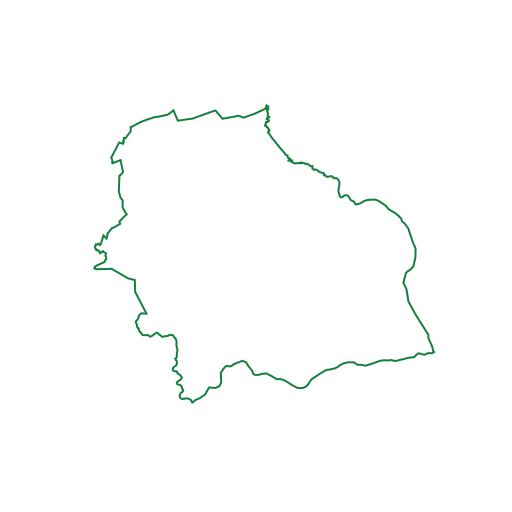 Kalinga, Kalinga, Philippines (Robinson projection), rotated 238°
{"feature_id": "2640588B22535822566030", "entity_name": "Kalinga", "entity_type": "district", "adm_level": 2, "iso_a3": "PHL", "parent_name": "Philippines", "parent_adm1": "Kalinga", "projection": "robinson", "projection_center": [121.313, 17.431], "detail": "fine", "context": "isolated", "style": "outline", "palette": "green", "viewbox_px": 512, "rotation_deg": 238, "n_neighbors": 0, "source": "geoboundaries", "source_scale": "gbopen_adm2", "svg_char_len": 6120}
<svg xmlns="http://www.w3.org/2000/svg" viewBox="0 0 512 512"><g transform="rotate(238 256 256)"><path d="M80.2,356.1L81.3,356.0L82.5,356.2L85.6,357.4L95.1,358.7L97.8,360.4L122.6,360.3L136.8,361.2L148.0,366.0L155.2,366.8L162.2,374.2L162.5,375.8L162.8,380.3L163.7,383.5L164.5,384.7L170.3,390.4L177.8,395.3L185.4,396.5L198.7,399.7L203.9,399.4L208.4,398.2L210.9,399.0L217.8,397.2L225.0,393.4L230.4,392.5L238.2,388.9L241.0,386.6L244.3,380.6L245.3,377.1L245.5,371.3L246.9,367.9L250.4,367.8L253.3,366.0L256.6,366.1L259.1,365.7L260.5,363.2L260.2,360.3L260.7,359.1L262.3,358.7L267.4,360.3L269.7,362.1L271.5,364.0L274.6,365.9L277.1,366.2L278.8,365.8L279.5,365.3L280.6,363.2L281.3,363.0L282.7,363.1L284.1,361.7L284.8,359.6L285.5,358.2L286.1,357.8L287.7,357.6L288.4,356.4L289.4,356.8L290.0,357.3L290.6,357.2L291.7,355.8L292.7,355.3L293.4,354.5L294.4,354.0L295.3,353.9L296.9,353.1L297.8,352.4L298.2,351.6L298.3,350.8L299.6,350.7L300.2,350.2L302.2,351.4L302.3,350.7L302.8,350.6L304.5,349.3L306.0,349.0L307.8,347.3L307.9,346.7L308.2,346.7L309.3,346.0L310.0,344.9L310.4,344.8L310.7,343.8L311.4,343.8L311.6,343.3L311.3,342.6L311.8,341.7L312.3,341.4L312.7,340.6L312.9,339.9L313.8,338.2L315.4,337.0L317.0,336.0L317.3,336.3L317.4,337.0L318.0,337.2L318.2,336.8L318.2,336.2L317.9,335.8L318.0,335.6L319.2,335.4L319.4,335.1L319.3,334.6L319.7,334.0L319.9,334.2L319.7,336.0L320.0,336.4L320.3,336.5L321.0,336.2L321.5,335.7L322.4,335.2L322.9,335.2L324.0,335.9L324.7,335.9L325.5,335.1L326.4,334.7L328.4,334.8L332.3,334.0L347.2,332.2L354.8,331.8L355.1,332.2L354.8,333.0L355.2,333.8L355.4,334.0L355.7,334.1L356.2,333.8L358.4,334.0L359.4,333.5L360.4,333.8L361.4,332.7L362.3,333.1L363.1,334.7L363.7,334.9L364.3,335.5L363.6,336.8L363.7,338.4L364.1,338.9L365.6,337.9L366.5,337.6L366.9,337.8L367.0,338.3L367.0,339.0L366.5,340.5L366.8,341.0L367.1,340.9L367.5,340.5L368.6,340.2L369.1,340.4L369.6,340.9L370.7,341.7L371.2,341.9L372.3,342.0L372.9,342.3L373.3,342.9L373.6,343.6L373.8,343.6L374.3,342.9L374.6,342.9L374.8,343.1L374.7,343.5L374.4,344.3L374.4,344.6L375.7,345.1L376.1,345.6L376.3,345.5L376.9,345.1L378.0,344.8L375.9,341.9L377.4,330.0L380.0,318.6L381.8,317.4L384.6,315.0L385.3,312.4L390.1,300.4L400.8,298.7L401.4,296.9L406.2,274.9L412.2,261.4L423.2,263.2L422.6,256.0L426.0,246.7L427.4,243.8L429.5,235.5L430.7,229.2L431.2,223.4L431.3,219.8L431.8,218.1L428.2,215.9L425.1,207.8L425.2,207.5L426.1,206.5L424.8,205.8L424.5,205.1L424.0,204.8L423.9,204.2L423.4,204.1L422.7,204.3L422.6,203.7L422.3,203.6L422.1,203.0L421.7,202.6L424.8,200.1L416.0,185.2L414.4,185.2L412.6,184.7L411.9,183.7L410.7,183.5L409.1,191.9L398.1,187.9L397.3,187.0L396.6,184.7L396.5,182.8L383.8,174.1L377.6,172.0L373.8,172.4L368.2,168.8L363.9,168.3L359.8,168.4L359.2,164.8L357.6,158.3L355.3,157.9L355.5,150.0L356.1,149.2L353.8,142.3L350.0,138.5L354.3,137.5L348.2,130.6L348.2,130.2L348.4,130.2L348.3,129.9L348.8,130.1L349.0,130.0L349.0,129.7L348.7,129.3L349.5,129.1L349.9,128.8L349.8,128.3L350.1,127.7L349.9,127.1L350.0,126.7L350.3,126.6L350.3,126.4L350.6,126.3L350.4,125.9L350.4,125.7L350.1,125.4L349.8,125.6L349.4,124.8L349.4,124.6L348.4,123.9L347.8,123.9L347.4,123.8L346.6,124.0L346.2,123.7L346.0,123.8L345.4,123.7L345.2,123.8L345.3,124.2L345.1,124.5L344.7,124.5L344.3,125.3L344.1,125.4L343.2,125.7L342.5,125.4L342.3,125.7L341.1,125.3L341.1,125.6L341.4,125.8L340.8,126.7L341.0,126.9L341.2,128.4L341.2,128.8L340.2,128.9L338.5,129.8L337.9,130.1L337.3,129.9L336.9,129.5L336.4,128.8L335.8,128.3L334.5,128.3L333.6,128.0L332.8,127.2L332.5,126.6L332.4,125.8L331.2,124.3L332.3,116.4L332.3,114.6L332.1,114.2L332.4,113.9L332.3,113.7L332.1,113.8L332.0,113.7L331.8,113.2L331.1,112.3L329.3,113.7L321.6,126.8L304.9,135.6L299.8,140.5L289.6,134.5L265.2,132.6L265.6,131.8L266.1,131.2L266.5,130.5L266.9,129.9L267.2,129.9L267.5,129.4L268.1,128.0L268.1,127.0L267.9,126.2L267.4,125.1L266.0,123.4L265.8,123.4L265.3,122.8L264.7,121.7L264.7,120.7L264.2,119.7L263.8,119.3L263.0,118.8L261.3,118.8L261.1,118.6L260.7,118.5L259.8,117.9L258.4,117.5L258.1,117.7L257.4,117.7L256.9,118.2L255.5,117.7L255.4,117.5L254.8,117.5L254.6,117.3L252.9,117.3L252.6,117.5L252.3,117.5L252.1,117.8L249.6,117.8L249.0,118.1L248.5,118.6L246.1,122.5L245.5,122.8L244.0,123.2L243.6,123.8L243.4,124.4L243.4,126.2L243.7,129.9L243.6,130.9L242.9,131.8L240.7,132.2L239.4,132.9L237.3,133.6L236.7,134.5L236.4,135.8L234.9,138.9L234.8,140.2L235.0,140.8L233.9,142.4L232.9,143.5L230.4,143.6L229.9,143.9L227.4,143.9L226.5,143.7L224.9,142.9L223.7,142.0L222.1,141.0L218.0,139.6L217.3,139.2L216.0,137.7L213.9,136.4L213.4,135.8L212.1,135.2L211.8,134.1L211.8,133.6L211.7,133.1L210.4,132.9L209.2,133.1L208.1,132.8L207.0,132.2L205.8,130.8L205.4,129.7L205.4,127.9L205.2,126.9L204.7,126.0L203.8,125.3L203.2,125.1L202.6,125.1L201.5,125.7L200.9,126.5L200.3,127.5L199.8,127.8L198.8,127.6L198.2,127.2L197.0,127.9L196.5,127.9L194.9,128.7L192.2,128.7L191.1,126.6L191.1,122.7L190.6,121.7L189.9,121.6L189.3,121.3L189.0,121.3L188.3,121.7L188.0,122.2L187.4,122.8L185.8,123.7L184.3,123.7L184.0,123.4L182.3,123.3L180.2,122.7L179.7,121.7L179.7,120.4L179.5,119.4L178.6,117.7L177.8,117.1L177.1,116.8L176.2,116.7L175.2,116.8L173.9,117.5L171.9,122.0L170.9,123.0L169.0,124.2L168.0,124.6L166.5,124.2L165.5,124.3L165.3,124.5L166.0,128.1L165.2,132.8L165.6,139.6L169.4,146.5L165.6,151.7L165.0,155.9L167.3,159.6L175.5,164.2L177.4,168.3L178.3,171.0L178.4,172.4L177.9,173.7L176.4,175.0L175.7,176.6L175.7,177.4L176.1,179.4L175.8,180.1L175.8,182.1L174.8,185.8L174.5,188.7L171.2,191.3L166.8,191.2L160.9,191.9L157.4,191.2L155.8,192.1L154.6,193.8L153.6,195.8L153.2,197.8L152.0,200.4L150.8,202.7L145.0,206.1L140.5,208.3L138.5,211.7L135.8,214.0L133.8,215.2L127.7,218.0L122.3,221.1L120.8,223.1L120.2,224.0L119.3,225.8L118.9,227.5L118.9,230.3L120.1,233.5L122.0,237.4L122.3,248.8L122.1,255.3L121.0,257.5L119.9,260.4L118.9,263.4L118.6,266.8L118.9,269.8L118.6,273.0L117.2,277.5L114.0,282.6L110.0,284.4L107.8,287.8L104.8,290.9L104.0,294.5L103.3,296.6L101.4,305.8L99.7,309.4L97.4,312.6L95.9,316.0L94.4,316.9L92.6,319.6L91.7,322.8L90.0,327.6L89.0,331.2L86.4,336.5L87.1,338.8L87.4,341.1L87.1,342.7L83.1,346.2L82.4,350.6L80.3,353.5L80.2,356.1Z" fill="none" stroke="#15803d" stroke-width="2"/></g></svg>